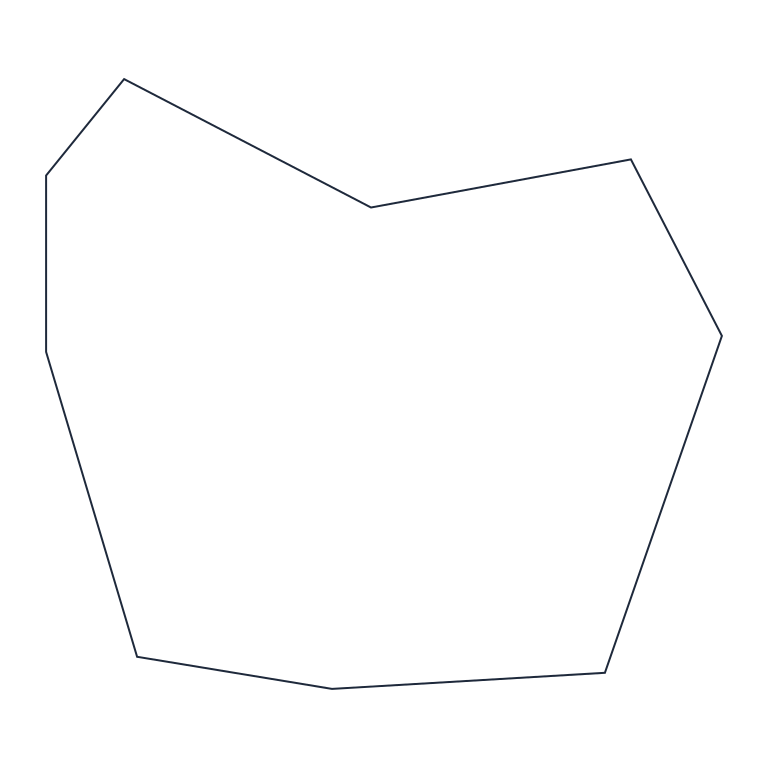 outline of Lija
{"feature_id": "MLT-5929", "entity_name": "Lija", "entity_type": "state/province", "adm_level": 1, "iso_a3": "MLT", "parent_name": "Malta", "parent_adm1": "", "projection": "mercator", "projection_center": [14.439, 35.9], "detail": "fine", "context": "isolated", "style": "outline", "palette": "slate", "viewbox_px": 768, "rotation_deg": 0, "n_neighbors": 0, "source": "natural_earth", "source_scale": "10m", "svg_char_len": 244}
<svg xmlns="http://www.w3.org/2000/svg" viewBox="0 0 768 768"><path d="M137.1,656.8L46.1,351.9L46.1,175.5L124.1,79.1L371.0,207.5L630.9,159.4L721.9,335.9L604.9,672.8L332.0,688.9L137.1,656.8Z" fill="none" stroke="#1e293b" stroke-width="2"/></svg>